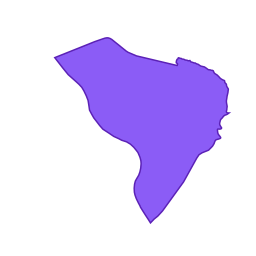 Pakse, Champasak, Laos (Albers equal-area conic projection), rotated 18°
{"feature_id": "54806243B60589909949594", "entity_name": "Pakse", "entity_type": "district", "adm_level": 2, "iso_a3": "LAO", "parent_name": "Laos", "parent_adm1": "Champasak", "projection": "albers", "projection_center": [105.849, 15.117], "detail": "fine", "context": "isolated", "style": "filled", "palette": "violet", "viewbox_px": 256, "rotation_deg": 18, "n_neighbors": 0, "source": "geoboundaries", "source_scale": "gbopen_adm2", "svg_char_len": 2864}
<svg xmlns="http://www.w3.org/2000/svg" viewBox="0 0 256 256"><g transform="rotate(18 128 128)"><path d="M113.7,56.8L104.7,56.0L102.2,55.3L85.2,48.8L83.3,48.4L81.4,48.4L80.2,48.7L78.4,49.6L76.2,51.2L69.6,56.2L49.7,72.8L36.6,83.7L39.1,85.4L47.5,91.1L54.6,95.7L64.4,100.0L67.9,101.6L71.5,103.6L74.6,106.3L78.4,110.3L81.5,114.1L83.8,118.6L85.9,122.9L89.1,126.0L92.4,129.0L95.8,131.3L100.3,134.4L104.5,136.9L111.6,138.8L117.1,140.4L122.4,141.0L125.8,141.6L130.9,141.6L135.3,142.6L139.4,144.5L142.5,146.5L145.0,148.2L147.2,150.7L148.7,152.5L150.4,155.2L151.5,157.9L152.5,162.2L152.9,165.9L152.8,169.6L151.9,173.6L151.4,176.1L151.6,179.4L152.5,183.4L153.9,187.1L155.4,189.6L157.8,192.7L161.0,196.0L163.4,198.3L164.4,199.5L168.2,202.7L171.6,205.5L175.6,208.7L178.7,211.3L180.9,206.7L181.0,206.5L183.6,202.5L186.5,196.1L197.5,162.1L202.7,135.3L203.8,131.5L206.1,128.7L209.2,126.1L211.5,124.2L214.0,119.2L214.4,117.5L214.6,116.7L214.7,115.8L214.7,114.8L214.8,113.7L214.9,112.9L215.2,112.3L215.7,111.8L216.3,111.3L217.0,110.9L217.7,110.4L218.5,109.8L218.9,109.4L219.1,109.1L219.2,108.8L219.1,108.5L218.9,108.2L218.1,107.6L217.3,107.0L216.4,106.5L215.8,106.0L215.3,105.5L214.9,104.8L214.5,104.2L214.1,103.1L213.7,102.4L213.6,102.0L213.6,101.5L214.0,101.2L214.5,101.0L215.2,100.8L215.7,100.7L216.2,100.4L216.7,100.0L217.0,99.7L217.0,99.4L217.0,99.0L216.3,98.4L215.5,97.7L214.8,97.1L214.4,96.7L214.0,96.0L213.7,95.2L213.6,94.2L213.5,92.6L213.5,91.6L213.7,90.9L214.2,89.9L214.7,88.9L215.0,87.8L215.4,87.0L215.8,86.4L216.2,85.9L216.8,85.4L217.5,84.9L218.3,84.1L218.9,83.2L219.4,82.5L218.4,82.8L217.9,82.9L217.5,82.8L217.0,82.7L216.7,82.4L216.5,82.0L216.4,81.2L216.3,80.1L216.0,78.9L215.8,77.8L215.7,77.1L215.2,76.0L214.7,75.1L214.1,74.0L213.5,72.7L213.1,71.4L212.9,70.0L212.7,68.8L212.4,67.2L212.3,65.9L212.1,63.5L211.8,62.0L211.6,60.9L211.5,60.3L211.2,59.8L211.0,59.5L210.5,59.2L210.1,58.8L209.6,58.4L209.2,58.0L208.8,57.6L208.4,56.8L208.1,56.1L207.5,55.6L206.9,55.3L206.3,55.0L205.8,54.5L205.5,53.6L205.3,53.3L204.9,53.1L204.4,53.0L203.6,53.0L202.5,52.8L201.6,52.6L200.7,52.3L199.8,51.9L198.5,51.1L197.5,50.6L196.3,50.0L195.4,49.8L194.1,49.5L193.4,49.2L192.9,48.9L192.4,48.4L191.9,47.8L191.5,47.3L191.1,47.2L190.4,47.1L189.5,47.4L188.5,47.3L186.3,47.7L185.1,47.3L184.0,46.9L181.8,46.3L178.2,46.6L176.8,46.3L175.3,45.8L174.7,45.7L174.1,45.8L172.8,45.7L172.0,45.4L170.7,45.7L169.0,45.6L167.4,45.7L166.7,45.2L166.0,44.7L165.1,45.2L164.4,45.5L163.5,45.3L162.8,45.4L161.7,45.6L161.0,45.6L160.2,45.4L159.6,45.4L158.7,45.6L158.1,45.7L157.5,45.5L157.1,45.4L156.3,45.6L155.2,45.6L154.6,45.5L154.3,45.7L154.1,45.9L154.1,46.4L154.1,46.8L153.9,47.1L153.5,47.5L153.4,47.7L153.4,48.2L153.4,48.7L153.3,49.3L153.4,49.7L153.6,50.7L153.8,51.1L154.2,51.2L154.7,51.3L155.2,51.6L155.4,51.9L155.4,52.3L155.5,53.3L155.4,53.4L113.7,56.8Z" fill="#8b5cf6" stroke="#5b21b6" stroke-width="1.5"/></g></svg>